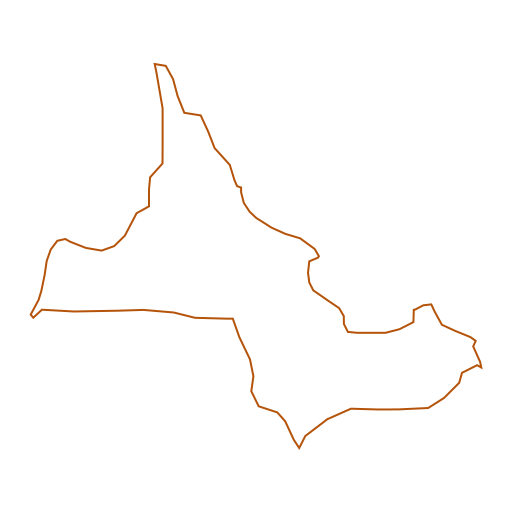 Drugovo, orthographic projection
{"feature_id": "MKD-2953", "entity_name": "Drugovo", "entity_type": "Statistical Region", "adm_level": 1, "iso_a3": "MKD", "parent_name": "North Macedonia", "parent_adm1": "", "projection": "orthographic", "projection_center": [20.913, 41.469], "detail": "fine", "context": "isolated", "style": "outline", "palette": "amber", "viewbox_px": 512, "rotation_deg": 0, "n_neighbors": 0, "source": "natural_earth", "source_scale": "10m", "svg_char_len": 1307}
<svg xmlns="http://www.w3.org/2000/svg" viewBox="0 0 512 512"><path d="M154.7,64.0L165.8,65.9L173.1,79.2L177.6,96.0L184.3,112.8L200.7,115.4L208.1,131.4L214.6,148.1L229.8,164.9L234.4,180.0L237.1,186.2L241.1,187.5L241.1,192.3L243.8,202.9L249.7,211.8L256.3,218.0L271.6,227.7L285.4,233.9L300.1,238.3L314.6,248.9L318.9,256.2L317.9,257.7L309.3,261.3L308.0,272.8L309.3,282.5L313.3,290.4L328.6,301.0L339.1,308.1L343.8,316.1L343.9,324.0L347.9,331.9L357.1,332.8L373.7,332.8L385.6,332.8L399.5,329.2L413.4,322.1L413.8,309.8L414.7,309.8L423.3,305.3L431.3,304.4L434.6,311.5L441.9,324.8L455.2,330.9L470.4,337.1L475.7,340.9L473.2,346.4L480.1,361.9L481.3,367.5L477.1,365.2L462.0,372.8L459.2,382.8L444.1,397.9L428.2,408.0L398.7,409.4L378.8,409.5L351.0,408.7L327.5,419.1L305.3,436.0L299.2,448.0L293.8,439.8L285.2,421.3L277.3,412.4L258.7,406.3L251.3,391.2L253.4,376.2L250.0,359.4L239.4,337.3L232.8,318.7L228.2,318.7L195.0,317.8L173.8,312.5L143.3,309.9L118.1,310.7L73.8,311.5L41.9,309.7L33.3,317.7L30.7,314.6L38.6,299.9L41.3,291.1L44.6,275.2L46.7,261.0L50.7,249.6L57.3,240.8L65.3,239.0L69.9,241.6L74.6,243.5L85.8,247.9L101.6,250.6L114.2,246.1L124.9,235.6L136.6,213.2L149.0,206.3L149.0,189.7L150.1,177.3L162.5,163.5L162.6,146.9L162.6,133.1L162.6,108.3L156.4,72.3L154.7,64.0Z" fill="none" stroke="#b45309" stroke-width="2"/></svg>